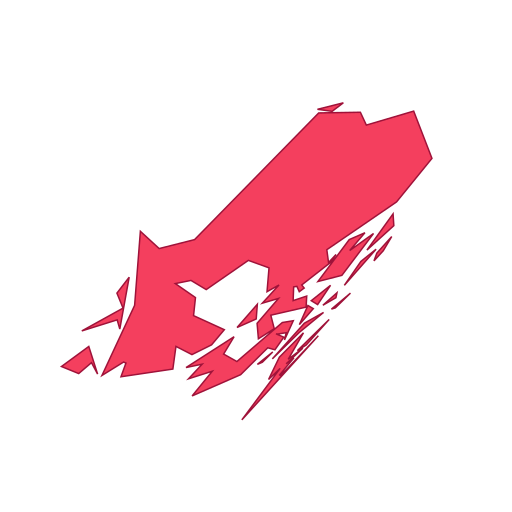 map outline of Canada (Equal Earth projection), rotated 133°
{"feature_id": "CAN", "entity_name": "Canada", "entity_type": "country or territory", "adm_level": 0, "iso_a3": "CAN", "parent_name": "North America", "parent_adm1": "", "projection": "equal_earth", "projection_center": [-89.555, 62.395], "detail": "medium", "context": "isolated", "style": "filled", "palette": "rose", "viewbox_px": 512, "rotation_deg": 133, "n_neighbors": 0, "source": "natural_earth", "source_scale": "50m", "svg_char_len": 1980}
<svg xmlns="http://www.w3.org/2000/svg" viewBox="0 0 512 512"><g transform="rotate(133 256 256)"><path d="M85.0,264.6L42.5,239.5L64.6,193.9L120.6,190.1L203.1,208.5L211.3,198.5L200.3,198.5L209.8,197.1L246.0,202.8L246.6,198.9L252.6,200.0L250.3,205.4L252.9,207.4L263.3,198.4L250.7,191.6L259.2,184.5L289.2,204.8L296.7,193.1L314.9,197.8L304.5,209.3L271.7,210.6L286.2,219.2L261.5,219.4L274.6,223.6L255.8,238.4L264.4,258.6L314.5,269.5L318.2,286.9L331.2,296.2L327.7,271.9L342.2,261.0L331.5,228.9L351.3,227.9L371.8,235.6L376.7,252.9L395.4,239.7L436.4,272.4L423.0,278.1L423.8,280.5L448.4,287.2L374.9,311.1L316.8,357.4L316.6,331.9L285.9,312.1L108.6,307.7L79.7,277.7L85.0,264.6ZM298.4,187.0L299.3,188.3L296.4,180.3L311.7,178.2L315.1,184.8L353.3,186.3L401.9,207.3L370.1,209.4L391.8,221.6L371.8,221.6L385.3,231.1L330.0,217.0L349.8,212.8L346.2,198.0L286.7,191.4L277.9,184.6L298.0,177.9L291.5,181.6L298.4,187.0ZM271.8,156.0L385.5,154.6L321.7,161.7L337.7,162.6L314.1,169.9L279.8,168.9L309.6,162.0L291.4,158.9L314.3,160.4L304.6,158.8L327.6,157.6L320.6,157.4L327.3,156.4L271.8,156.0ZM159.4,185.4L211.6,180.0L232.4,193.3L180.4,199.0L164.7,192.2L188.1,191.2L159.4,185.4ZM429.6,332.3L384.8,317.7L378.0,332.4L358.0,334.3L402.3,305.8L397.4,314.0L429.6,332.3ZM139.8,175.9L176.0,178.9L131.7,184.5L139.8,175.9ZM252.5,159.2L286.9,158.6L297.0,161.2L252.5,159.2ZM251.2,168.1L282.3,172.2L320.1,173.9L272.1,174.8L251.2,168.1ZM169.1,172.8L217.2,171.4L188.4,175.6L169.1,172.8ZM450.4,291.3L446.2,303.6L462.9,305.5L469.5,322.9L436.2,316.6L450.4,291.3ZM226.6,181.5L249.5,177.8L251.0,185.1L226.6,181.5ZM290.4,222.1L301.9,212.9L321.2,221.1L290.4,222.1ZM255.4,178.2L276.6,177.5L256.8,184.3L255.4,178.2ZM179.1,166.4L171.5,169.6L149.2,170.0L165.4,166.5L179.1,166.4ZM232.0,169.1L246.4,173.5L227.7,171.7L232.0,169.1ZM218.7,161.6L239.8,162.6L243.4,164.6L218.7,161.6ZM84.4,296.6L98.3,299.0L106.8,311.1L84.4,296.6ZM314.7,178.3L329.4,178.9L334.3,181.1L314.7,178.3Z" fill="#f43f5e" stroke="#9f1239" stroke-width="1.5"/></g></svg>